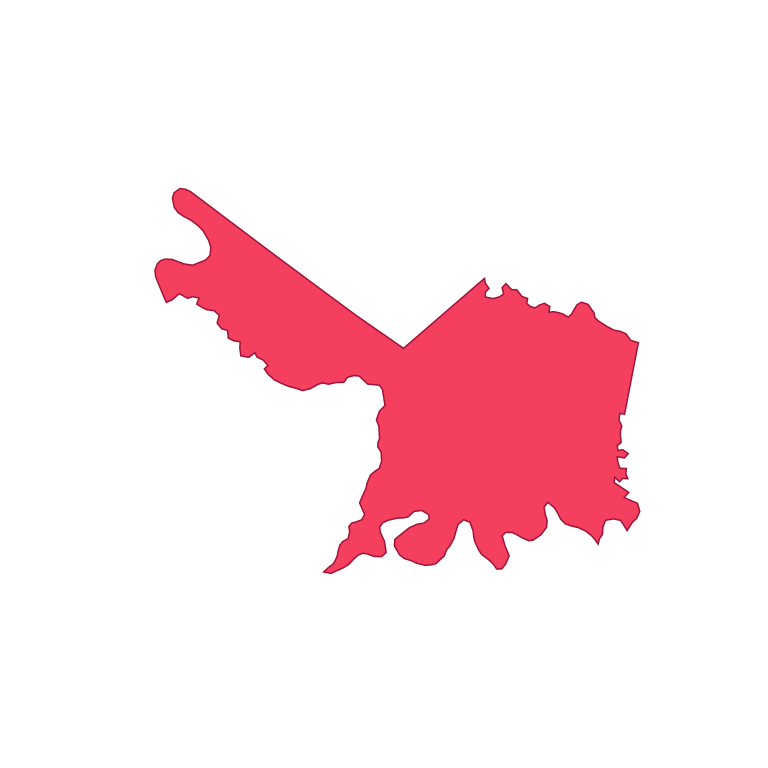 outline of São João, Paraná, Brazil, rotated 307°
{"feature_id": "56859067B79331660525337", "entity_name": "São João", "entity_type": "district", "adm_level": 2, "iso_a3": "BRA", "parent_name": "Brazil", "parent_adm1": "Paraná", "projection": "robinson", "projection_center": [-52.816, -25.741], "detail": "fine", "context": "isolated", "style": "filled", "palette": "rose", "viewbox_px": 768, "rotation_deg": 307, "n_neighbors": 0, "source": "geoboundaries", "source_scale": "gbopen_adm2", "svg_char_len": 3375}
<svg xmlns="http://www.w3.org/2000/svg" viewBox="0 0 768 768"><g transform="rotate(307 384 384)"><path d="M528.9,400.7L424.2,378.1L422.0,320.4L421.6,275.0L421.5,263.2L421.4,245.0L421.2,217.0L421.2,113.7L420.1,108.4L417.3,103.4L410.4,101.3L405.2,103.1L398.9,110.1L396.9,116.7L397.4,123.3L398.7,132.5L398.5,140.9L397.4,147.5L393.3,157.3L389.0,163.4L382.0,167.6L376.0,167.1L363.7,159.7L359.4,151.7L355.9,139.6L351.9,133.9L347.9,131.3L343.8,130.6L337.0,132.6L332.1,137.2L326.9,146.0L320.3,157.1L318.2,161.1L323.6,164.1L328.2,165.1L332.9,166.1L334.4,175.8L338.5,178.5L341.4,184.5L335.1,186.3L335.6,191.8L336.7,197.8L340.3,204.1L339.6,211.2L332.3,214.0L330.4,221.0L332.6,226.8L326.9,232.1L328.2,238.2L331.2,243.7L326.0,247.2L320.3,252.7L323.9,259.9L331.2,262.1L329.1,266.4L330.4,273.2L328.9,280.2L324.1,279.3L322.0,285.6L321.3,294.1L322.8,301.7L324.7,309.2L328.0,317.4L329.7,322.9L335.8,327.9L344.0,331.5L347.9,334.3L350.4,339.8L356.6,345.1L361.1,350.9L367.4,350.9L372.6,354.9L375.4,359.4L374.1,371.0L380.3,381.1L378.6,386.1L374.1,390.9L367.4,397.7L359.6,396.7L350.7,399.6L347.2,405.3L337.7,413.3L333.6,414.4L330.0,416.9L327.9,422.7L320.7,428.7L313.7,431.0L308.7,429.2L303.1,428.0L295.1,430.0L290.1,432.3L278.5,435.0L274.4,436.0L268.1,447.1L262.1,447.9L256.9,444.6L253.4,441.8L248.9,441.8L245.5,445.4L239.0,448.4L233.3,445.8L228.6,445.8L223.4,447.7L218.6,450.1L214.1,451.2L209.9,451.7L204.1,450.1L197.6,449.0L200.8,455.6L212.6,462.0L218.2,464.3L226.6,465.3L231.6,466.3L235.7,468.6L238.1,472.5L240.3,479.9L244.6,485.9L250.6,487.2L254.1,483.7L258.9,478.6L263.4,470.1L267.2,466.7L272.2,466.5L277.4,469.1L284.6,475.1L289.1,480.4L292.3,483.2L300.3,484.7L305.7,490.2L306.6,498.4L303.4,501.3L297.3,499.8L291.7,494.7L284.3,490.7L273.3,487.8L266.4,486.2L261.0,489.7L256.9,499.3L256.9,505.6L259.5,512.4L260.4,517.7L264.0,526.1L268.3,530.9L271.8,533.6L283.2,535.6L289.1,533.8L294.9,534.1L303.4,532.6L310.9,529.6L316.3,527.7L323.5,529.3L325.3,535.9L320.2,543.7L315.7,547.8L312.9,551.3L310.7,555.3L308.2,560.0L306.6,564.8L306.7,572.9L306.0,579.5L304.0,585.3L307.2,589.3L313.6,589.5L322.2,587.3L328.0,577.4L334.0,569.7L338.8,570.6L342.5,575.7L343.5,580.3L344.2,586.1L346.0,594.0L349.2,597.1L358.1,600.1L362.4,600.1L367.4,600.1L373.2,596.4L377.3,590.8L382.0,586.0L388.1,586.1L387.7,594.6L385.3,600.7L382.4,606.4L381.4,613.0L382.9,617.8L386.3,625.8L387.9,633.7L387.7,641.3L386.6,646.5L384.9,651.3L390.3,649.2L395.4,649.0L401.3,645.0L408.5,642.9L414.4,648.5L417.5,655.0L415.3,661.1L413.2,666.4L423.5,665.6L428.7,666.7L436.3,664.9L441.3,658.1L439.4,651.3L437.9,644.2L444.7,644.7L444.3,635.7L443.7,627.1L448.4,624.6L447.7,630.9L452.1,631.4L455.1,635.7L457.5,631.4L462.4,628.4L458.6,623.1L462.4,617.6L466.3,614.1L469.6,620.5L475.4,621.0L475.2,614.1L471.7,611.0L475.0,607.4L480.0,608.6L484.9,604.1L489.2,600.9L493.4,599.3L497.0,593.0L502.5,590.1L504.6,594.3L570.1,562.3L567.3,554.7L569.7,547.0L568.3,541.1L565.3,535.1L564.0,526.0L563.4,517.5L563.9,512.7L567.2,508.9L568.8,503.9L570.4,499.2L568.3,492.6L563.5,490.5L558.2,491.0L553.1,491.7L548.3,491.0L547.5,484.4L545.7,479.7L543.7,475.7L540.5,472.6L545.7,469.8L545.0,463.5L540.3,460.5L535.8,459.0L534.0,454.2L534.2,449.5L538.8,447.2L536.9,441.6L539.2,433.3L536.2,429.2L537.5,420.9L531.9,420.4L527.9,425.4L523.0,423.7L517.8,419.6L514.5,412.6L518.1,409.8L523.5,410.3L525.6,404.1L528.9,400.7Z" fill="#f43f5e" stroke="#9f1239" stroke-width="1.5"/></g></svg>